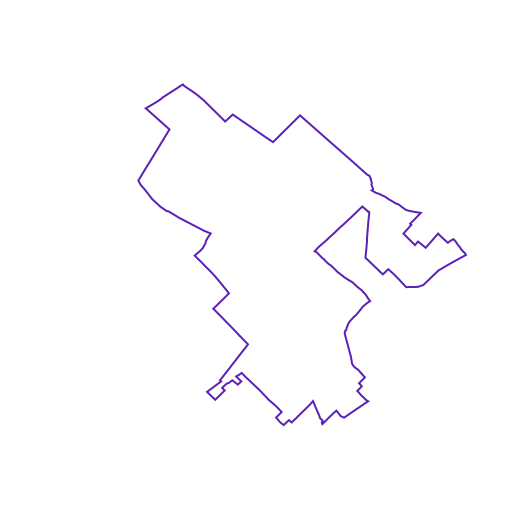 outline of Dzoncauich, Yucatán, Mexico, rotated 219°
{"feature_id": "50627088B45441994431912", "entity_name": "Dzoncauich", "entity_type": "district", "adm_level": 2, "iso_a3": "MEX", "parent_name": "Mexico", "parent_adm1": "Yucatán", "projection": "orthographic", "projection_center": [-88.865, 21.095], "detail": "fine", "context": "isolated", "style": "outline", "palette": "violet", "viewbox_px": 512, "rotation_deg": 219, "n_neighbors": 0, "source": "geoboundaries", "source_scale": "gbopen_adm2", "svg_char_len": 3917}
<svg xmlns="http://www.w3.org/2000/svg" viewBox="0 0 512 512"><g transform="rotate(219 256 256)"><path d="M434.6,301.4L421.3,300.8L417.2,300.6L402.9,299.9L397.8,262.3L396.4,251.2L394.9,240.6L390.4,238.7L390.2,238.7L383.6,237.5L372.6,234.9L362.1,234.2L361.3,234.1L357.2,234.5L353.9,234.6L352.2,235.6L339.9,237.3L312.3,242.9L305.4,245.0L304.9,239.2L304.2,235.7L303.3,234.2L302.3,228.7L302.6,224.9L303.2,221.8L303.9,217.7L300.6,217.4L297.8,217.1L294.4,216.8L289.9,216.2L283.5,215.6L277.9,214.9L271.0,213.7L265.5,212.6L258.2,211.0L253.9,210.0L253.5,209.9L254.3,202.5L255.8,189.5L256.0,188.1L254.2,188.0L237.7,186.1L235.9,185.9L235.5,185.9L228.6,185.0L225.6,184.6L224.4,184.5L220.2,184.0L219.1,183.6L218.4,183.6L217.9,183.7L216.4,183.5L212.3,183.0L206.6,182.3L206.3,164.3L206.2,162.5L206.1,155.2L206.0,154.3L205.9,145.4L205.7,136.7L204.2,136.6L204.8,134.3L205.8,130.2L206.4,127.9L206.5,127.3L207.2,124.7L208.3,120.5L208.5,119.6L197.2,118.6L195.7,131.8L199.3,132.2L199.1,134.1L198.5,138.2L197.3,140.2L196.2,144.5L189.2,144.6L188.5,149.3L195.6,149.9L194.4,153.1L193.5,156.1L187.8,155.4L180.1,154.9L168.7,154.0L164.7,153.5L162.9,153.2L158.8,152.7L156.2,152.3L154.7,152.2L151.0,152.1L145.3,151.9L137.9,150.9L138.7,143.1L132.8,142.0L129.4,142.0L128.1,142.0L127.1,149.2L123.5,149.1L122.7,155.4L122.4,158.5L120.6,174.2L120.4,178.6L120.4,178.8L120.4,179.1L114.0,175.7L107.3,172.2L103.9,170.2L100.9,170.1L100.0,169.6L100.2,168.1L98.6,167.2L97.6,176.7L96.8,183.1L96.2,186.4L92.8,185.7L89.5,184.9L85.8,185.8L83.1,195.0L81.9,199.0L80.2,204.6L79.0,208.7L77.4,213.7L79.7,213.4L81.2,213.5L84.1,213.8L86.3,213.9L88.0,214.2L90.6,214.7L92.4,214.9L92.0,218.1L91.8,221.4L95.8,222.0L95.0,230.2L105.3,231.9L108.2,231.6L111.2,231.9L113.6,232.8L118.5,237.2L135.3,249.4L135.7,249.6L135.8,249.7L135.9,249.8L138.4,251.8L139.6,253.6L139.3,255.2L140.5,257.6L140.8,258.9L141.6,261.2L142.0,264.3L141.6,270.6L141.4,271.6L141.2,272.7L141.1,273.4L141.0,278.4L141.0,279.3L141.1,283.5L140.9,285.2L140.7,285.9L140.6,286.6L140.5,287.1L140.0,289.8L138.9,292.7L139.5,292.9L141.2,293.3L146.8,295.1L151.8,295.8L152.0,295.9L152.3,295.9L155.6,295.8L156.8,295.8L158.0,295.8L164.5,296.3L166.8,295.9L174.2,295.0L175.8,295.2L178.6,294.9L179.7,295.1L181.4,294.8L187.2,295.4L191.9,295.8L194.3,295.5L199.8,295.9L201.1,296.3L202.1,296.2L203.1,296.1L208.8,296.8L210.2,297.1L213.4,296.6L212.9,303.1L211.5,310.6L210.4,318.2L209.5,324.3L208.5,332.2L207.8,336.1L206.5,345.4L204.5,361.4L197.3,361.1L197.2,361.1L196.7,361.0L196.0,361.5L195.2,361.0L191.6,355.3L180.2,338.6L179.7,338.3L175.2,331.7L169.8,323.5L167.7,323.4L158.6,322.6L154.6,322.3L149.6,321.8L145.8,321.6L145.3,325.6L144.9,329.0L144.7,329.0L137.8,328.6L137.6,328.6L137.4,328.6L129.5,327.7L125.5,327.1L119.7,326.3L117.2,328.5L112.7,332.2L110.7,333.9L109.7,335.6L107.7,338.7L106.5,348.3L106.5,348.5L106.0,352.3L105.4,356.9L105.1,359.6L102.8,365.5L101.9,368.2L96.6,381.4L93.5,388.9L94.5,389.4L95.2,389.5L95.8,389.7L98.7,390.0L100.8,390.3L103.5,391.3L105.5,391.5L109.9,392.9L113.0,393.4L114.4,390.5L115.2,387.0L116.9,387.1L120.4,387.3L125.2,387.6L128.6,388.0L129.0,376.7L129.3,369.2L139.2,369.2L139.3,364.5L155.5,366.2L154.9,377.9L156.5,378.0L156.2,381.5L156.0,382.5L155.7,386.0L155.3,390.5L155.1,393.2L158.9,391.0L164.5,387.9L167.9,386.4L169.0,386.1L169.8,386.1L173.5,385.9L174.5,385.9L177.7,385.8L180.5,384.8L182.1,384.6L183.8,384.4L187.8,383.7L193.2,383.3L193.7,383.1L194.5,382.9L199.6,381.7L202.5,380.6L207.3,379.8L206.9,381.5L207.3,381.7L208.6,382.7L210.0,383.4L211.2,384.1L211.9,385.5L215.4,388.2L215.6,388.1L215.9,388.4L215.9,388.5L216.0,388.5L218.2,389.7L219.5,389.5L220.6,389.2L231.8,389.7L240.2,390.1L252.5,390.6L279.8,391.7L310.3,393.0L314.4,355.2L320.8,354.6L328.6,354.0L345.1,352.7L357.9,351.7L363.1,351.3L364.6,341.1L370.5,341.7L394.7,344.1L404.2,344.2L408.4,343.9L418.7,343.0L420.8,343.3L428.3,320.5L428.7,318.0L430.1,313.3L432.6,306.7L434.6,301.4Z" fill="none" stroke="#5b21b6" stroke-width="2"/></g></svg>